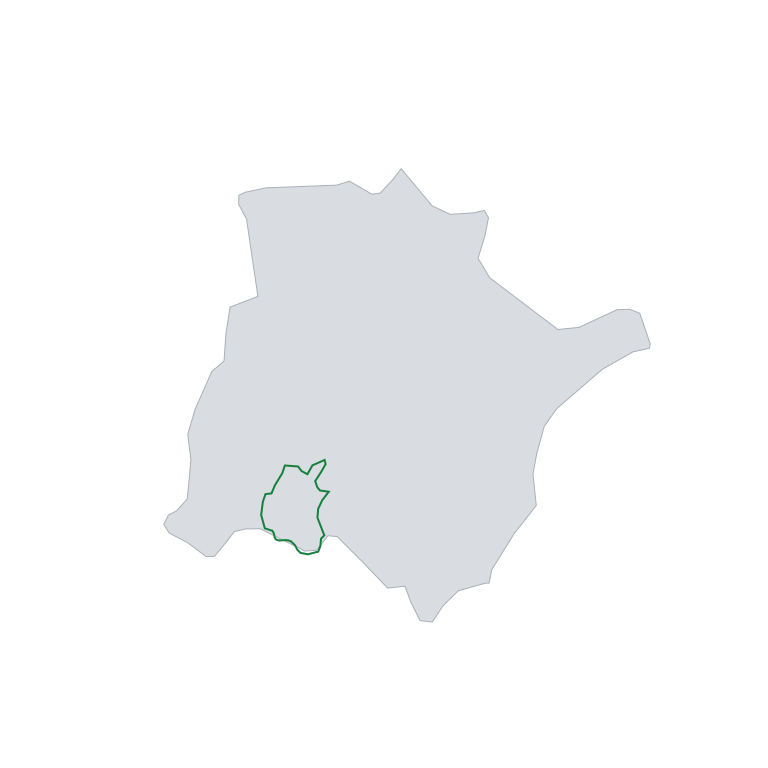 Zubin Potok on a map of Kosovo (Albers equal-area conic projection), rotated 243°
{"feature_id": "KOS-5897", "entity_name": "Zubin Potok", "entity_type": "District", "adm_level": 1, "iso_a3": "XKX", "parent_name": "Kosovo", "parent_adm1": "", "projection": "albers", "projection_center": [20.618, 42.908], "detail": "fine", "context": "in_parent", "style": "outline", "palette": "green", "viewbox_px": 768, "rotation_deg": 243, "n_neighbors": 0, "source": "natural_earth", "source_scale": "10m", "svg_char_len": 1572}
<svg xmlns="http://www.w3.org/2000/svg" viewBox="0 0 768 768"><g transform="rotate(243 384 384)"><path d="M235.5,284.0L269.3,273.0L274.2,265.2L266.5,248.3L271.0,237.8L311.3,207.9L317.9,194.3L320.4,183.6L315.0,172.3L307.4,154.6L311.1,147.1L331.9,136.9L348.8,124.9L358.8,124.0L365.1,132.5L365.1,141.4L370.7,156.3L383.2,164.4L404.0,177.5L428.2,186.3L447.2,204.2L473.2,236.1L477.2,252.0L500.6,266.0L522.4,281.8L519.3,311.4L593.4,336.4L610.1,336.1L618.0,340.4L617.9,347.2L612.3,368.0L582.7,432.0L580.4,445.3L558.7,459.3L555.8,467.3L562.2,484.9L568.1,497.1L567.6,497.1L520.8,507.8L505.1,520.0L495.9,541.2L493.0,552.2L484.7,552.6L470.9,541.8L453.3,524.9L430.7,526.4L353.6,563.7L346.0,583.2L344.4,625.3L339.1,636.7L330.9,644.0L298.8,639.4L295.4,636.7L299.6,620.5L298.0,585.2L283.6,526.6L273.4,507.4L252.4,488.3L236.0,475.8L206.6,464.5L191.8,432.4L169.6,395.7L158.9,387.3L160.6,383.7L166.0,356.2L159.7,336.1L150.0,319.0L156.8,308.7L177.3,308.9L194.3,310.9L200.5,294.6L235.5,284.0Z" fill="#d9dde1" stroke="#a8b0b8" stroke-width="1"/><path d="M300.6,218.0L303.9,217.9L309.5,212.3L323.1,215.1L334.2,222.7L339.7,228.4L337.6,234.1L343.2,240.7L350.8,253.0L356.4,258.7L349.5,270.0L343.9,271.0L338.4,274.8L344.0,283.3L343.3,296.6L339.1,295.6L334.2,288.1L328.7,278.6L322.4,277.7L318.2,278.6L313.1,285.9L308.5,276.2L302.7,268.7L295.1,264.0L279.3,262.4L276.2,262.1L274.8,257.7L268.7,253.9L264.5,249.3L266.8,238.9L271.4,232.9L276.0,231.5L280.8,231.5L286.0,229.7L288.2,227.7L289.7,225.2L292.2,219.5L294.7,217.0L297.5,217.1L300.6,218.0Z" fill="none" stroke="#15803d" stroke-width="2"/></g></svg>